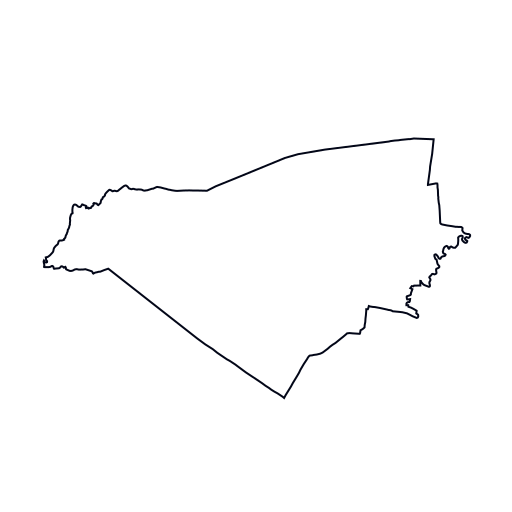 outline of Sangkae, Batdâmbâng, Cambodia, rotated 187°
{"feature_id": "14789045B70272828773622", "entity_name": "Sangkae", "entity_type": "district", "adm_level": 2, "iso_a3": "KHM", "parent_name": "Cambodia", "parent_adm1": "Batdâmbâng", "projection": "orthographic", "projection_center": [103.435, 13.068], "detail": "fine", "context": "isolated", "style": "outline", "palette": "ink", "viewbox_px": 512, "rotation_deg": 187, "n_neighbors": 0, "source": "geoboundaries", "source_scale": "gbopen_adm2", "svg_char_len": 5988}
<svg xmlns="http://www.w3.org/2000/svg" viewBox="0 0 512 512"><g transform="rotate(187 256 256)"><path d="M93.9,393.5L113.1,391.9L113.5,391.9L117.3,390.8L119.3,390.5L126.4,388.9L128.8,388.2L132.4,387.5L136.6,386.4L138.1,385.8L200.6,370.0L226.6,362.2L239.1,356.9L284.8,331.2L304.4,320.3L312.6,314.8L321.5,313.9L325.5,313.4L330.0,313.0L335.6,312.2L342.2,311.0L344.1,310.9L347.7,311.0L349.3,311.2L350.9,311.2L353.6,311.7L355.0,311.8L359.1,312.4L362.6,312.5L363.6,312.0L366.3,310.3L367.4,310.1L371.9,308.0L373.6,307.6L374.2,307.3L374.6,307.3L375.7,307.3L377.6,307.9L379.1,307.9L381.4,307.7L382.0,307.4L382.9,307.4L384.6,307.5L385.2,307.7L386.3,307.7L387.2,307.3L387.9,307.1L388.8,307.3L390.3,307.6L391.9,309.2L393.0,309.9L393.5,310.1L394.1,310.1L395.0,309.7L395.5,309.4L397.7,307.3L399.0,305.9L399.6,305.4L400.7,304.1L401.6,303.5L402.5,303.3L403.5,303.5L404.6,303.5L406.1,302.8L406.5,302.8L407.5,303.4L408.8,303.8L409.3,303.9L409.8,303.7L411.5,301.7L412.7,300.0L413.1,299.3L413.4,298.4L413.3,297.8L413.8,296.8L414.3,296.3L414.8,296.0L415.2,295.5L415.3,294.3L415.6,293.7L415.9,293.4L416.3,293.2L416.5,292.2L416.7,291.2L416.7,290.0L416.8,289.6L418.7,287.3L419.4,287.5L420.5,288.6L421.0,288.7L422.1,288.6L422.7,288.8L423.3,288.8L423.8,288.2L423.4,287.5L423.5,287.0L423.8,286.3L424.3,285.6L424.8,285.4L425.3,284.9L425.4,284.2L425.8,283.5L427.0,283.3L427.8,282.7L428.4,282.9L428.5,283.5L429.2,283.6L429.8,283.1L430.5,282.8L430.8,283.3L430.6,284.0L430.6,284.9L431.0,285.1L433.4,285.6L434.3,286.0L434.8,286.0L435.9,283.8L436.4,283.3L437.0,283.2L437.8,283.2L438.8,283.5L440.0,284.4L440.7,284.8L441.6,285.0L442.1,285.0L442.7,284.8L443.1,284.4L443.6,283.4L443.9,282.1L443.9,279.6L443.6,277.4L443.3,276.6L443.3,276.0L444.2,275.5L444.8,274.0L445.1,272.1L445.2,271.2L445.1,269.8L444.8,269.0L444.7,265.3L444.5,264.5L444.9,262.9L445.0,261.4L445.6,259.7L445.9,259.2L446.0,258.6L445.9,258.0L446.1,256.8L446.5,255.5L446.5,255.0L446.6,254.6L447.1,253.6L447.4,252.4L447.4,251.6L447.6,250.8L448.6,249.5L448.4,248.8L449.0,248.4L450.4,247.8L451.1,247.6L452.5,247.5L453.0,247.3L453.5,246.7L453.8,246.0L454.0,244.1L454.4,243.3L456.0,241.6L457.3,239.5L457.6,238.4L457.8,236.1L458.0,235.4L458.5,234.5L460.6,231.6L462.0,230.2L462.9,229.5L463.9,229.3L464.5,229.0L464.2,228.2L464.0,227.1L463.6,226.2L462.7,225.4L462.7,224.4L463.3,224.0L464.8,224.0L465.3,224.2L465.5,224.8L465.5,225.3L465.9,225.7L466.1,225.0L466.1,224.5L465.7,223.2L464.9,221.1L465.1,220.2L465.0,219.3L464.4,219.2L460.3,219.7L459.0,220.1L458.3,220.5L457.8,221.0L457.1,221.3L456.6,221.2L455.9,220.7L455.4,219.5L454.8,218.7L453.1,219.2L451.0,219.6L449.9,219.9L449.0,220.7L448.3,221.8L448.0,222.0L447.3,222.1L446.1,221.7L445.7,221.3L445.2,221.0L444.7,221.6L443.9,222.0L443.3,221.2L443.0,219.9L442.7,219.6L439.7,218.7L438.7,218.5L437.5,218.7L436.6,219.0L435.5,219.6L434.5,220.4L433.5,220.8L432.3,221.1L430.2,220.9L426.0,221.5L423.7,222.1L417.1,220.8L416.5,220.2L416.0,219.6L415.8,219.0L415.3,218.7L414.0,219.7L412.6,220.3L412.0,220.4L410.5,221.1L408.6,221.5L405.0,223.5L401.1,225.4L304.3,167.0L295.6,162.1L287.6,158.3L282.8,155.3L279.9,153.8L276.0,151.8L272.3,149.9L269.5,148.8L263.2,145.7L261.0,144.4L251.8,139.2L237.4,132.0L234.3,130.4L230.8,128.4L227.0,126.6L224.6,125.2L221.2,123.6L217.9,122.3L212.3,119.5L210.8,118.5L209.6,121.6L205.4,130.7L204.0,134.3L200.7,141.6L199.1,145.3L198.0,148.6L195.4,154.6L192.6,160.2L192.1,161.5L191.2,163.0L190.5,163.7L188.0,164.3L186.8,164.8L183.7,165.6L180.3,166.9L178.1,168.3L173.6,172.6L171.5,175.0L169.2,177.2L166.5,179.4L161.8,184.3L159.8,186.3L157.2,189.1L156.2,190.3L153.8,190.9L150.5,191.0L143.6,191.4L143.3,192.2L143.2,195.0L141.3,196.4L140.2,197.6L139.6,198.3L139.7,200.9L139.5,203.8L139.7,207.3L139.7,210.4L139.9,215.1L140.1,216.6L138.5,216.8L138.2,218.0L137.9,220.1L136.5,219.8L133.9,219.7L131.7,219.8L126.5,219.5L119.3,218.8L118.0,218.6L116.4,218.6L114.9,218.4L113.6,217.8L107.0,218.0L105.2,218.0L103.7,218.0L100.2,217.6L99.2,217.5L95.6,216.2L93.3,215.3L88.9,214.1L87.9,214.7L87.6,215.7L87.8,216.8L87.9,217.3L88.3,217.7L89.9,218.5L89.9,221.2L90.9,221.7L93.5,222.8L96.0,223.7L98.5,224.2L98.7,224.9L98.9,225.7L100.7,225.5L100.9,227.0L100.6,227.9L99.6,228.7L98.2,229.0L97.8,230.0L97.8,232.0L99.9,231.4L100.7,231.4L101.1,232.3L101.5,233.9L101.3,234.4L99.4,235.3L97.9,236.1L97.6,236.8L97.7,237.9L96.7,242.1L98.9,242.9L97.7,245.1L96.1,245.1L95.5,245.9L89.3,246.7L89.9,251.3L89.3,251.3L88.8,250.3L87.1,248.7L86.1,248.0L85.1,247.6L80.7,246.5L80.1,246.7L79.7,247.4L79.9,248.5L80.6,250.0L80.7,251.2L80.3,252.1L79.9,253.3L80.1,254.2L81.4,255.9L81.1,256.8L80.2,257.7L79.0,259.6L78.2,259.8L76.6,259.5L75.7,260.0L74.9,260.6L74.8,261.3L75.4,263.4L75.6,264.4L75.4,265.3L74.1,266.0L73.0,266.9L72.7,267.5L72.9,268.3L74.5,269.8L75.0,270.6L76.3,274.3L76.8,274.6L77.5,274.9L78.1,275.9L79.0,277.8L79.0,278.9L78.2,279.5L77.3,279.4L75.8,278.1L75.0,277.1L74.5,276.2L73.4,275.6L72.6,275.8L72.0,277.3L71.1,278.2L68.8,279.0L68.2,279.6L68.0,280.5L68.8,281.1L70.0,281.3L70.5,281.7L70.9,282.5L71.1,283.2L70.9,283.9L70.8,285.7L70.3,287.3L69.7,288.1L69.1,288.6L68.1,289.2L67.3,289.0L66.7,288.5L66.3,287.9L66.3,287.5L65.4,286.7L64.9,287.1L64.6,288.4L64.3,288.8L63.5,289.2L61.6,288.4L60.5,288.3L59.3,288.5L58.6,289.4L57.1,291.7L57.0,292.8L57.1,295.5L57.3,297.3L57.5,298.2L57.6,299.0L57.0,299.9L56.4,300.4L55.5,300.9L54.7,301.2L53.5,301.0L53.2,300.3L53.1,299.5L53.6,297.9L53.4,297.2L52.9,296.4L51.5,295.3L50.6,294.8L49.5,294.6L48.6,295.0L48.2,295.8L48.1,296.6L48.6,297.0L50.1,297.6L50.5,298.2L50.8,299.0L50.4,299.7L49.4,300.4L47.3,299.9L46.6,300.4L45.9,302.0L46.1,303.0L46.8,303.5L47.6,303.7L48.9,303.6L51.0,303.8L52.0,304.2L52.9,304.7L54.1,306.1L54.4,306.6L54.4,308.9L55.3,309.6L55.9,309.8L57.4,309.7L58.6,309.5L60.0,309.5L61.2,309.3L65.1,309.5L70.0,309.6L75.1,310.0L76.2,310.3L77.0,310.9L77.3,312.0L79.2,323.3L80.3,328.8L81.1,331.1L82.1,335.3L82.2,336.7L82.6,337.9L83.5,343.7L84.2,346.2L84.5,348.6L84.9,350.0L86.2,350.0L94.0,347.5L94.1,348.3L93.9,362.5L94.1,366.0L93.6,378.8L93.9,393.5Z" fill="none" stroke="#020617" stroke-width="2"/></g></svg>